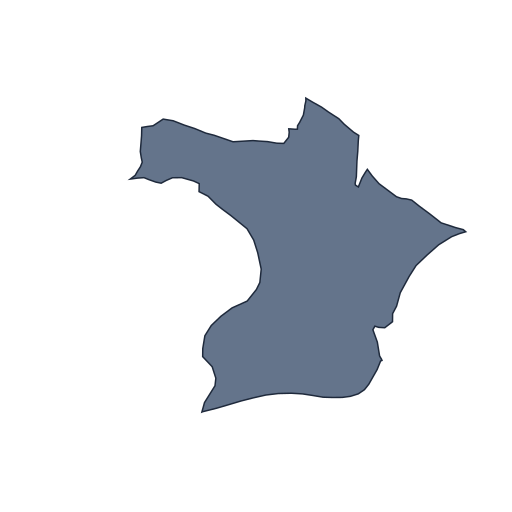 Mongiraud, Gros Islet, Saint Lucia, rotated 32°
{"feature_id": "8701671B12183972503150", "entity_name": "Mongiraud", "entity_type": "district", "adm_level": 2, "iso_a3": "LCA", "parent_name": "Saint Lucia", "parent_adm1": "Gros Islet", "projection": "mercator", "projection_center": [-60.958, 14.063], "detail": "fine", "context": "isolated", "style": "filled", "palette": "slate", "viewbox_px": 512, "rotation_deg": 32, "n_neighbors": 0, "source": "geoboundaries", "source_scale": "gbopen_adm2", "svg_char_len": 1848}
<svg xmlns="http://www.w3.org/2000/svg" viewBox="0 0 512 512"><g transform="rotate(32 256 256)"><path d="M304.5,123.5L304.4,127.4L304.5,133.7L306.2,143.2L302.8,143.2L301.6,141.9L299.1,135.6L291.3,122.0L286.9,113.4L281.7,104.1L279.3,99.3L273.1,99.3L260.9,97.5L253.6,95.7L240.8,95.5L232.7,95.0L222.9,95.5L214.6,95.7L216.1,98.0L217.8,102.8L218.8,104.6L221.5,111.4L222.2,119.5L222.2,123.5L223.9,126.5L222.0,127.8L217.6,130.1L216.4,130.8L218.6,133.5L220.8,138.0L219.9,145.8L213.9,149.3L205.1,152.9L197.9,156.8L192.3,159.7L176.0,171.3L156.5,175.8L148.3,178.4L136.4,180.4L125.8,183.0L114.1,185.2L104.7,189.1L102.5,194.0L99.7,200.1L95.3,203.7L91.0,207.5L95.2,214.6L99.0,221.9L102.5,228.7L106.8,233.6L109.8,236.7L110.7,241.6L110.6,246.8L110.8,251.6L108.6,257.4L114.4,252.6L119.5,248.9L124.7,248.0L131.9,246.4L137.0,244.5L139.9,239.4L143.7,233.9L151.5,228.9L163.2,225.5L169.5,224.7L173.6,231.6L183.7,230.7L194.6,233.3L202.9,234.2L213.0,235.0L233.9,237.6L245.6,243.7L255.7,252.3L267.4,264.4L273.3,276.4L274.1,284.2L272.4,298.9L263.2,312.7L258.2,325.6L254.9,338.6L254.9,350.7L259.9,362.7L264.1,369.6L277.5,373.1L286.7,380.9L290.0,387.8L290.0,399.0L290.0,407.6L292.8,417.0L293.3,416.3L303.3,405.9L312.1,396.0L320.3,386.7L328.7,377.9L338.0,368.7L347.8,360.8L358.6,353.7L368.5,348.3L377.8,344.3L387.7,340.2L395.9,335.4L404.1,330.2L410.4,325.0L415.8,318.7L418.8,311.9L419.6,305.0L419.2,295.6L418.9,288.1L418.5,285.9L417.3,279.0L418.2,277.8L417.1,277.0L413.8,275.3L404.5,264.7L394.2,256.6L394.0,252.5L397.9,251.5L403.2,248.6L406.6,239.4L402.4,232.5L401.8,224.1L397.8,210.7L396.7,192.1L396.8,179.2L400.6,164.4L405.0,149.6L411.7,135.9L416.6,129.3L421.0,124.3L417.8,123.8L410.4,126.1L395.4,129.8L381.7,128.3L368.0,127.2L358.4,126.1L353.2,127.9L349.0,130.1L343.7,131.3L322.0,129.5L312.0,126.5L304.5,123.5Z" fill="#64748b" stroke="#1e293b" stroke-width="1.5"/></g></svg>